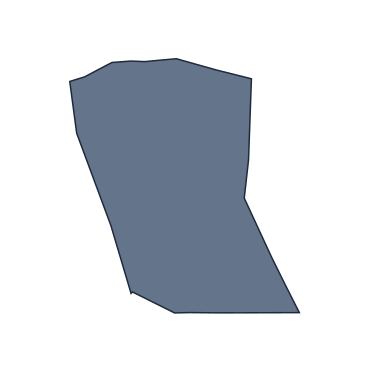 the district of San Pedro Yucunama, Oaxaca, Mexico, rotated 162°
{"feature_id": "50627088B3307078777507", "entity_name": "San Pedro Yucunama", "entity_type": "district", "adm_level": 2, "iso_a3": "MEX", "parent_name": "Mexico", "parent_adm1": "Oaxaca", "projection": "natural_earth1", "projection_center": [-97.48, 17.58], "detail": "fine", "context": "isolated", "style": "filled", "palette": "slate", "viewbox_px": 384, "rotation_deg": 162, "n_neighbors": 0, "source": "geoboundaries", "source_scale": "gbopen_adm2", "svg_char_len": 454}
<svg xmlns="http://www.w3.org/2000/svg" viewBox="0 0 384 384"><g transform="rotate(162 192 192)"><path d="M281.3,114.4L279.5,115.3L246.0,82.4L231.4,78.0L203.0,68.5L127.2,44.1L132.3,76.9L136.4,105.0L144.2,170.0L128.3,205.1L100.5,281.3L131.6,300.8L165.7,323.6L184.1,327.8L193.1,329.8L196.6,330.6L209.9,335.5L228.0,339.9L234.3,338.9L258.6,334.7L274.1,334.9L283.5,283.6L279.5,185.1L281.3,114.4Z" fill="#64748b" stroke="#1e293b" stroke-width="1.5"/></g></svg>